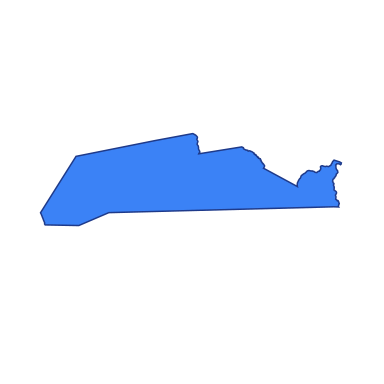 General Lamadrid, La Rioja, Argentina (Robinson projection), rotated 146°
{"feature_id": "61730980B10920715294308", "entity_name": "General Lamadrid", "entity_type": "district", "adm_level": 2, "iso_a3": "ARG", "parent_name": "Argentina", "parent_adm1": "La Rioja", "projection": "robinson", "projection_center": [-69.375, -28.709], "detail": "fine", "context": "isolated", "style": "filled", "palette": "blue", "viewbox_px": 384, "rotation_deg": 146, "n_neighbors": 0, "source": "geoboundaries", "source_scale": "gbopen_adm2", "svg_char_len": 5150}
<svg xmlns="http://www.w3.org/2000/svg" viewBox="0 0 384 384"><g transform="rotate(146 192 192)"><path d="M158.9,240.1L193.9,255.3L268.2,286.4L329.2,259.5L329.4,257.9L329.6,257.1L329.7,256.4L330.1,254.9L330.4,253.3L330.8,251.8L331.1,250.3L331.4,248.8L332.1,248.0L332.1,246.8L304.6,227.5L272.5,221.4L82.8,100.5L78.8,97.6L78.8,97.8L78.7,98.1L78.7,98.3L78.5,98.5L78.3,98.6L78.2,98.7L77.9,99.0L77.5,99.2L77.4,99.3L77.3,99.6L77.1,99.8L76.8,99.8L76.7,99.8L76.3,100.2L76.2,100.9L76.2,101.1L76.0,101.6L75.9,101.7L76.0,102.3L76.0,102.6L75.7,103.1L75.8,103.3L76.1,103.3L76.4,103.4L76.5,103.5L76.4,104.3L76.5,104.7L76.6,105.0L76.8,105.3L76.9,105.7L76.8,105.8L76.7,105.9L76.6,106.1L76.1,106.5L75.9,106.7L75.8,107.0L75.7,107.1L75.3,107.6L75.2,107.9L75.1,108.3L75.1,108.5L75.0,108.9L74.8,109.1L74.6,109.4L74.1,109.6L73.9,109.6L73.5,109.9L73.2,110.0L72.7,110.4L72.5,110.7L72.3,111.3L72.3,111.9L72.4,112.2L72.6,112.7L72.8,113.5L73.0,113.9L73.1,114.1L73.0,114.3L72.8,114.7L72.4,115.2L71.8,115.8L71.7,115.9L71.6,116.5L71.4,116.6L71.2,116.9L71.2,117.2L71.1,117.6L71.0,118.1L71.0,118.3L70.9,118.6L70.6,118.8L70.5,119.0L69.8,119.3L69.7,119.6L69.6,119.9L69.9,120.8L69.8,121.1L69.5,121.6L69.4,121.8L69.4,122.4L69.2,122.6L68.8,122.9L68.3,123.4L68.3,123.5L68.1,123.7L67.3,123.7L67.2,123.7L66.8,123.7L66.7,123.8L66.6,124.0L66.4,124.1L65.9,124.2L65.7,124.1L65.1,124.5L64.9,124.6L64.5,124.7L64.3,124.7L63.8,124.9L63.6,125.0L63.3,125.3L63.2,125.3L62.6,125.9L62.3,126.2L62.2,126.2L61.9,126.2L60.7,126.4L60.5,126.6L60.4,126.7L60.1,126.7L60.0,126.8L59.9,127.1L59.8,127.5L59.6,127.8L59.4,128.2L59.4,128.7L59.5,129.0L59.6,129.3L59.5,129.8L59.5,130.2L59.5,130.5L59.4,130.7L59.2,131.4L58.9,131.9L58.4,132.8L58.2,133.0L58.0,133.3L57.9,133.7L57.9,134.0L57.7,134.1L57.3,134.0L56.8,134.3L56.5,134.4L56.1,134.4L55.1,133.6L54.5,133.3L54.2,133.0L54.0,132.6L53.7,131.6L53.3,131.6L53.1,131.6L52.7,131.8L52.2,132.4L51.9,132.6L52.7,134.3L56.4,139.0L56.7,139.0L57.0,138.8L57.4,138.7L57.9,138.7L58.3,138.6L58.6,138.4L58.9,138.3L59.2,138.1L59.5,137.8L59.8,137.7L60.0,137.5L60.9,137.2L61.2,137.1L61.9,136.5L62.2,136.5L62.4,136.5L62.5,136.5L63.0,136.6L63.4,136.6L63.5,136.7L64.1,136.6L64.3,136.6L64.6,136.7L64.7,136.8L64.8,136.9L64.9,137.0L65.1,137.2L65.6,137.7L65.7,137.9L66.1,138.2L66.4,138.3L67.1,138.4L67.2,138.5L67.7,139.0L67.9,139.2L68.5,139.7L68.5,139.9L69.1,140.7L69.2,140.8L69.6,141.1L69.8,141.1L70.0,141.2L70.3,141.3L70.9,141.3L71.3,141.2L71.5,140.9L71.7,140.6L71.7,140.4L71.7,140.1L71.8,139.7L72.0,139.6L72.5,139.2L72.8,138.8L73.2,138.5L74.0,138.5L74.5,138.3L74.8,138.0L75.3,138.3L75.8,138.5L77.7,138.3L77.9,138.5L78.2,138.9L78.3,138.9L78.6,139.2L78.8,139.3L79.0,139.6L79.2,140.0L79.3,140.4L79.4,140.8L79.5,141.1L80.1,141.4L80.3,141.7L80.4,142.1L80.6,142.3L80.9,142.5L81.3,142.6L81.5,142.8L82.0,143.3L82.3,143.7L82.9,144.3L83.6,144.7L84.6,145.0L85.5,144.9L86.1,144.7L87.3,144.5L87.5,144.4L88.5,144.5L88.9,144.6L89.2,144.6L90.1,144.6L90.4,144.5L91.0,144.5L91.7,144.5L92.3,144.4L94.3,143.0L94.6,142.8L94.8,142.8L95.4,142.8L96.2,142.5L96.5,142.3L97.1,142.1L98.1,141.4L99.3,140.8L99.5,140.5L100.3,139.8L100.5,139.5L100.7,139.2L100.8,139.0L100.9,138.9L101.2,138.4L101.5,137.9L101.6,137.6L119.3,171.5L119.1,171.5L118.9,172.0L118.5,172.2L118.1,172.3L117.8,172.5L117.7,172.7L117.4,172.9L117.1,173.3L117.1,173.5L117.2,174.1L117.1,174.4L117.1,174.6L117.1,175.2L117.1,175.3L117.3,175.4L117.4,175.5L117.3,175.9L117.3,176.0L117.3,176.4L117.3,176.5L117.5,176.7L117.5,176.8L117.4,177.3L117.3,177.5L117.5,178.0L117.5,178.4L117.4,178.5L117.4,179.0L117.2,179.2L117.2,179.5L117.0,179.8L117.0,180.2L117.2,180.4L117.1,180.5L116.9,181.0L117.1,181.0L117.1,181.4L117.2,181.9L117.5,182.2L117.6,182.4L117.7,182.5L117.6,182.9L117.7,183.0L117.9,183.0L117.8,183.4L117.9,183.5L117.8,183.8L117.7,183.8L117.7,184.0L117.8,184.0L117.9,183.8L118.0,183.8L118.2,184.0L118.0,184.4L117.9,184.6L118.1,184.8L118.3,185.0L118.3,185.3L118.2,185.6L118.2,185.8L118.2,186.0L118.2,186.4L118.3,186.5L118.5,186.5L118.6,186.8L118.2,186.8L118.2,187.1L118.3,187.5L118.7,187.8L118.8,188.0L119.0,188.1L119.2,188.5L119.2,188.8L119.2,189.1L118.8,189.4L118.8,189.6L119.0,189.7L119.2,190.3L119.2,190.5L119.4,190.9L119.6,191.2L119.7,191.8L119.9,192.2L120.1,192.4L120.5,192.7L120.6,192.9L120.7,193.0L120.8,193.4L120.8,193.5L121.0,193.8L121.7,194.2L122.2,194.3L122.6,194.5L122.6,194.9L122.6,195.1L122.5,195.4L122.8,195.7L123.1,195.9L123.1,196.0L123.3,196.1L123.4,196.3L123.5,196.4L123.7,196.7L124.1,196.9L124.2,197.1L124.2,197.3L124.3,197.5L124.6,198.0L124.7,198.4L124.9,198.6L124.9,198.8L125.1,199.1L124.9,199.6L124.6,199.9L124.6,200.0L124.8,200.2L125.0,200.8L125.4,201.1L125.6,201.4L125.6,201.6L165.1,219.9L164.7,220.2L164.4,220.3L163.5,220.4L163.1,220.9L162.8,221.7L162.8,222.6L162.7,222.9L162.7,223.3L162.6,223.7L162.3,224.5L161.8,225.1L161.3,226.2L161.1,226.6L161.1,227.5L161.2,228.4L160.4,229.4L159.5,230.1L159.1,230.3L158.8,230.7L158.7,231.3L158.6,232.6L158.5,233.1L158.2,233.3L157.8,233.4L157.6,233.6L157.3,233.9L156.9,234.3L156.8,234.6L156.9,235.7L157.1,236.7L157.1,237.0L157.4,237.5L157.5,237.9L157.7,238.0L157.9,238.5L158.0,238.9L158.3,239.2L158.4,239.6L158.6,239.9L158.9,240.1Z" fill="#3b82f6" stroke="#1e3a8a" stroke-width="1.5"/></g></svg>